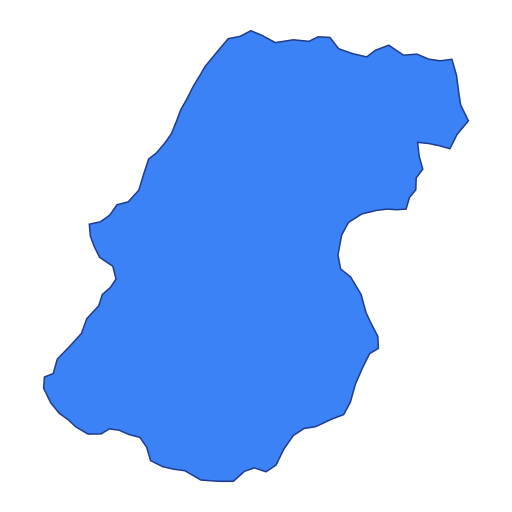 outline of Bom Jesus dos Perdões, São Paulo, Brazil
{"feature_id": "56859067B70842642043037", "entity_name": "Bom Jesus dos Perdões", "entity_type": "district", "adm_level": 2, "iso_a3": "BRA", "parent_name": "Brazil", "parent_adm1": "São Paulo", "projection": "albers", "projection_center": [-46.478, -23.173], "detail": "fine", "context": "isolated", "style": "filled", "palette": "blue", "viewbox_px": 512, "rotation_deg": 0, "n_neighbors": 0, "source": "geoboundaries", "source_scale": "gbopen_adm2", "svg_char_len": 1457}
<svg xmlns="http://www.w3.org/2000/svg" viewBox="0 0 512 512"><path d="M150.6,460.7L163.0,466.8L173.7,469.2L184.8,470.7L200.8,480.0L218.5,481.3L233.4,481.3L244.5,471.3L254.4,467.9L266.0,471.8L276.1,465.0L283.5,449.7L293.2,435.6L304.0,428.5L315.5,426.7L332.0,419.0L343.7,414.6L350.3,402.3L355.5,383.9L362.5,367.9L369.6,353.6L378.4,348.4L377.8,336.3L370.8,322.9L366.0,312.5L361.1,294.5L350.7,277.0L340.6,269.0L338.0,255.1L341.6,235.2L348.4,222.5L361.7,214.0L376.4,210.4L387.2,209.1L396.7,209.7L406.1,209.1L409.4,197.6L415.8,189.8L416.2,177.9L422.8,169.2L419.2,156.3L417.6,142.4L428.6,143.5L439.1,145.7L449.9,148.7L457.0,134.6L468.4,120.8L460.6,104.8L458.6,91.4L456.5,75.3L451.9,59.3L440.1,60.8L428.6,59.1L416.9,54.1L403.5,55.2L388.8,45.2L375.5,50.2L366.7,56.9L352.8,53.7L338.6,48.7L329.9,37.4L318.1,36.8L309.0,41.3L293.3,39.8L275.3,42.6L263.0,35.9L250.9,30.7L240.1,36.3L228.2,38.7L217.4,51.5L205.3,66.2L200.3,74.7L193.5,85.9L186.4,99.8L180.8,109.7L176.6,120.8L171.5,133.5L164.5,143.5L156.3,153.0L148.6,159.1L144.0,173.1L138.8,190.2L128.1,201.9L117.0,204.7L109.8,215.1L100.3,221.8L89.3,224.2L90.3,235.9L94.1,246.3L99.7,257.5L112.8,266.2L116.0,279.0L110.4,287.4L102.3,294.5L98.7,305.8L86.8,318.6L81.4,333.5L69.7,346.3L57.3,359.1L53.2,373.6L44.4,377.0L43.6,388.1L50.6,402.6L59.3,413.4L68.1,419.6L75.7,426.8L88.0,434.1L101.1,433.9L109.3,428.9L119.0,430.2L129.2,434.6L139.9,437.4L146.7,447.3L150.6,460.7Z" fill="#3b82f6" stroke="#1e3a8a" stroke-width="1.5"/></svg>